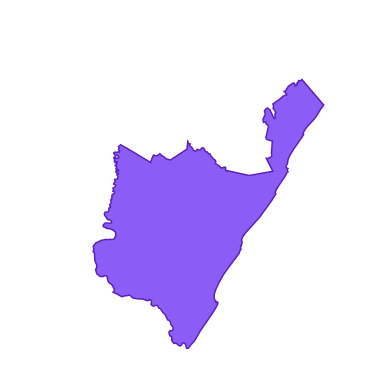 outline of Villa de Tututepec de Melchor Ocampo, Oaxaca, Mexico, rotated 293°
{"feature_id": "50627088B81743896776092", "entity_name": "Villa de Tututepec de Melchor Ocampo", "entity_type": "district", "adm_level": 2, "iso_a3": "MEX", "parent_name": "Mexico", "parent_adm1": "Oaxaca", "projection": "orthographic", "projection_center": [-97.497, 16.098], "detail": "fine", "context": "isolated", "style": "filled", "palette": "violet", "viewbox_px": 384, "rotation_deg": 293, "n_neighbors": 0, "source": "geoboundaries", "source_scale": "gbopen_adm2", "svg_char_len": 6035}
<svg xmlns="http://www.w3.org/2000/svg" viewBox="0 0 384 384"><g transform="rotate(293 192 192)"><path d="M237.2,168.3L229.5,170.6L213.1,159.7L212.4,154.9L213.3,152.9L213.7,150.1L214.7,147.5L212.3,146.1L211.4,145.0L210.8,144.0L211.1,142.5L210.9,142.1L206.9,142.0L205.0,142.3L204.5,142.0L203.7,141.9L203.0,142.3L206.7,116.2L207.6,107.8L204.9,106.6L203.8,107.8L203.5,107.9L202.8,107.7L202.2,107.9L201.6,109.0L200.6,109.6L199.9,108.1L199.4,107.7L198.3,105.1L197.2,104.7L196.9,104.9L196.7,105.7L195.9,106.6L195.6,107.4L195.5,107.8L196.0,107.9L196.5,109.1L196.3,110.3L194.9,111.0L194.5,111.0L194.2,110.8L193.6,109.1L193.7,107.9L194.0,107.0L193.4,106.6L193.0,106.7L192.6,106.9L192.7,107.5L192.4,107.8L190.1,108.5L189.2,109.2L189.0,109.7L189.3,110.2L189.9,110.2L190.3,110.6L190.3,111.5L188.9,111.6L188.5,111.4L187.8,111.5L186.7,110.9L186.2,110.9L186.0,111.4L186.3,111.9L186.3,112.7L185.8,112.9L183.7,112.9L183.2,113.2L183.6,114.7L183.5,115.8L183.4,115.9L183.0,116.1L182.5,115.8L182.2,114.6L181.3,113.7L180.6,114.2L180.1,115.1L180.1,115.6L179.7,115.8L179.7,116.1L180.2,116.5L180.1,117.1L179.6,117.1L178.3,116.4L177.5,117.8L177.1,118.0L176.2,118.0L175.3,118.4L174.4,117.8L173.8,116.3L173.2,115.9L172.8,116.0L172.2,116.5L171.5,117.4L170.8,117.4L170.2,116.9L169.4,116.6L168.6,116.8L168.6,119.1L168.1,119.3L166.7,119.2L165.3,118.0L164.6,117.8L163.9,118.2L163.7,118.8L163.3,119.0L162.7,118.8L161.7,119.0L162.0,120.8L161.8,120.9L160.4,121.0L158.7,119.7L157.7,119.5L157.1,120.0L155.2,120.4L154.7,120.8L154.1,120.8L153.1,120.2L152.7,120.3L151.1,121.6L150.0,121.8L148.2,121.2L147.3,121.6L147.1,122.6L146.7,122.9L145.8,122.7L145.5,122.3L144.7,121.8L142.6,122.7L141.2,122.5L140.8,122.3L140.2,121.6L139.7,120.0L137.6,119.8L136.3,120.9L134.8,123.4L133.6,124.9L134.1,127.3L134.0,128.2L133.8,128.9L133.5,129.4L132.8,129.8L131.8,129.6L131.5,129.2L129.5,124.3L128.3,123.6L126.8,123.3L125.9,123.4L125.5,124.0L125.2,127.6L125.5,129.3L126.1,130.7L126.2,131.6L126.1,134.7L125.5,136.1L125.5,136.7L124.3,137.8L121.7,138.9L119.2,138.8L118.0,138.4L117.0,137.0L116.5,135.3L115.5,133.6L114.6,131.0L113.6,129.8L111.7,126.9L109.5,125.3L107.6,123.3L106.3,123.1L103.8,122.3L103.0,122.5L102.2,123.3L99.5,124.3L98.8,124.1L98.2,124.7L98.1,125.4L97.3,126.2L91.0,129.4L88.8,131.4L87.6,132.9L86.8,133.0L85.2,133.9L84.1,134.0L83.9,133.5L82.9,133.6L80.0,135.9L79.2,136.8L79.0,138.6L78.3,140.2L79.4,143.3L80.6,144.0L81.2,144.7L81.1,146.5L80.6,147.1L78.1,148.7L76.8,149.9L76.2,151.0L75.7,152.5L75.4,154.3L74.1,156.2L71.6,158.9L70.9,159.2L68.9,158.4L68.7,163.8L68.2,168.3L69.2,169.8L70.3,170.8L70.9,172.3L72.3,174.0L72.7,174.7L72.2,176.7L71.4,178.7L71.7,180.6L72.7,184.6L73.9,187.4L74.5,189.8L74.3,191.6L74.6,193.4L75.0,194.1L75.7,194.9L76.7,195.3L76.6,196.1L76.5,196.4L75.6,197.4L74.6,197.8L73.1,198.0L72.1,198.7L71.8,200.5L71.9,201.2L72.2,201.7L73.0,202.3L73.7,203.2L74.0,204.1L73.4,205.5L72.2,206.8L72.1,208.8L69.8,212.2L68.9,214.7L66.3,217.7L65.8,218.6L64.7,219.5L65.0,220.8L64.8,221.4L64.1,222.4L63.3,223.4L62.2,224.0L61.2,225.3L60.9,226.0L60.2,227.1L59.6,227.7L58.7,228.0L57.6,228.2L56.8,227.9L56.0,226.9L55.9,226.0L54.4,225.5L53.2,225.9L51.7,227.1L51.0,227.8L50.8,228.4L51.0,229.2L50.9,229.7L49.9,230.1L48.9,231.1L48.2,230.9L47.6,231.2L47.6,231.6L47.2,231.7L46.5,232.7L45.7,234.1L45.6,234.7L45.8,235.2L46.3,235.5L46.5,236.8L45.5,239.8L45.5,240.8L46.2,241.8L47.0,242.1L48.7,242.1L49.4,242.7L49.8,243.3L49.7,244.5L48.8,245.9L47.8,246.8L45.9,248.0L46.9,249.7L51.8,251.0L55.5,252.4L67.9,254.0L89.1,258.3L94.0,259.1L98.9,259.5L99.1,259.4L100.5,258.9L100.6,258.6L101.2,258.2L100.5,258.3L99.6,257.8L99.5,257.5L99.7,257.2L100.2,257.2L101.2,257.6L100.3,257.1L100.5,256.5L101.7,255.0L102.6,254.3L104.1,253.4L106.6,252.5L110.4,252.0L118.7,252.2L128.0,253.2L134.7,254.6L153.7,259.3L156.9,259.1L158.3,259.5L158.9,259.1L159.1,258.6L159.7,258.3L160.9,258.2L161.3,258.5L162.0,258.0L163.0,258.2L163.8,258.0L164.5,258.0L165.1,257.6L165.9,257.5L166.3,257.2L166.4,256.9L167.3,256.4L167.3,256.6L167.3,256.4L167.8,256.3L170.7,256.2L175.5,257.3L194.8,264.0L214.9,268.6L222.0,269.7L222.5,270.0L223.1,269.8L223.7,268.9L225.5,268.7L227.2,268.7L231.8,269.4L242.6,271.5L247.9,272.0L248.0,272.4L248.7,272.0L248.9,271.5L249.6,271.2L250.8,270.8L251.1,271.1L251.2,270.8L250.9,270.2L251.0,269.6L252.2,268.7L253.3,268.5L255.1,268.8L259.6,267.7L264.0,267.8L271.6,268.9L284.5,271.6L286.0,272.1L286.3,271.9L288.1,272.1L288.1,272.3L288.4,272.4L288.7,272.2L288.9,271.5L290.0,271.3L293.6,271.6L296.4,272.3L304.9,275.3L309.7,276.7L312.4,277.2L318.8,278.1L323.5,279.3L338.5,249.2L337.7,249.0L337.2,248.7L336.6,247.6L336.4,246.8L336.1,246.6L335.3,247.3L334.6,246.5L333.8,246.1L333.1,246.8L332.3,246.3L331.7,246.9L331.3,246.8L330.8,246.1L329.9,245.5L331.2,244.9L332.1,243.6L332.1,243.2L331.1,242.0L327.6,239.9L327.3,239.5L324.9,239.1L323.8,238.7L322.3,238.9L320.8,238.0L320.6,237.6L319.0,240.8L318.7,241.2L318.3,241.2L318.1,241.1L318.0,240.5L315.5,238.1L314.3,237.8L310.7,235.9L309.6,235.3L308.4,234.2L306.4,233.4L305.4,232.5L304.6,232.1L302.7,233.6L302.3,233.8L300.6,233.9L300.4,234.1L300.2,234.8L299.4,236.3L297.8,238.1L297.1,237.9L295.6,238.1L292.9,239.6L292.0,239.5L291.6,238.9L298.2,231.5L298.8,228.5L297.8,227.9L295.3,227.0L294.6,227.2L293.2,228.4L291.2,229.4L290.0,229.0L287.1,228.9L285.5,229.4L284.1,230.6L285.3,232.5L283.6,233.7L282.6,236.7L270.7,238.8L269.6,240.5L270.4,246.0L258.4,250.1L256.4,251.4L254.8,250.9L254.5,250.6L253.9,249.7L252.5,249.0L252.1,247.2L242.6,258.3L229.5,238.1L225.4,216.0L224.6,216.1L224.9,215.1L225.4,214.0L225.9,213.7L227.2,213.8L227.8,213.2L227.4,211.8L225.6,210.1L225.8,209.6L225.7,208.8L226.8,206.5L227.3,202.7L227.7,202.4L229.6,201.9L230.2,201.1L231.0,198.4L232.3,196.0L232.4,195.5L234.1,193.7L233.7,192.4L234.8,190.4L234.6,189.5L234.6,188.0L236.1,186.9L236.7,186.0L237.0,184.5L236.1,183.6L234.5,183.4L233.9,183.1L233.5,182.3L233.5,180.7L233.4,180.3L230.9,179.4L230.8,177.4L230.9,177.0L231.9,176.0L232.7,174.8L233.4,173.1L233.5,172.2L234.4,171.4L235.5,171.6L235.2,169.6L236.2,168.9L236.4,168.5L237.1,168.5L237.2,168.3Z" fill="#8b5cf6" stroke="#5b21b6" stroke-width="1.5"/></g></svg>